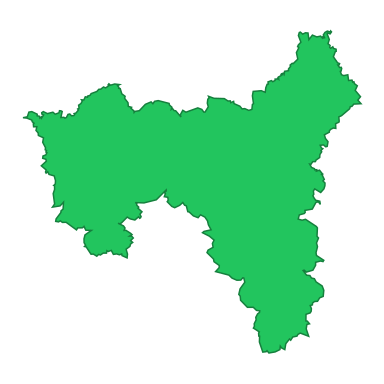 Mascota, Jalisco, Mexico
{"feature_id": "50627088B69459727871118", "entity_name": "Mascota", "entity_type": "district", "adm_level": 2, "iso_a3": "MEX", "parent_name": "Mexico", "parent_adm1": "Jalisco", "projection": "mercator", "projection_center": [-104.884, 20.553], "detail": "fine", "context": "isolated", "style": "filled", "palette": "green", "viewbox_px": 384, "rotation_deg": 0, "n_neighbors": 0, "source": "geoboundaries", "source_scale": "gbopen_adm2", "svg_char_len": 5901}
<svg xmlns="http://www.w3.org/2000/svg" viewBox="0 0 384 384"><path d="M316.5,243.0L318.5,238.0L317.0,236.3L317.4,227.9L316.4,226.5L305.5,219.3L302.1,220.2L298.2,219.1L299.3,214.9L304.3,213.5L305.2,212.4L304.9,210.4L312.3,209.1L316.0,202.3L318.5,201.9L320.3,204.4L319.8,201.2L315.6,200.2L313.9,197.7L312.9,195.7L313.8,194.3L313.4,191.0L314.7,188.9L320.7,192.5L323.9,188.9L324.9,185.8L325.0,183.0L322.9,180.9L324.3,179.4L322.4,175.5L322.7,174.3L321.7,174.3L322.2,173.6L319.5,170.2L316.4,171.1L316.7,169.7L314.7,169.8L314.5,168.7L311.5,167.4L309.7,164.1L310.9,164.4L312.7,161.7L315.4,161.6L316.0,160.1L319.7,157.5L319.9,154.5L321.7,151.8L320.9,150.5L322.8,148.7L321.4,148.0L320.2,145.3L323.5,144.9L325.7,146.8L327.2,146.4L328.0,141.7L325.4,138.4L324.4,134.8L329.3,132.2L329.4,130.7L330.9,129.2L333.4,128.0L335.8,128.4L335.6,123.7L338.9,122.2L339.2,121.2L338.8,116.9L341.5,115.7L349.6,108.8L350.3,106.6L351.9,106.4L353.8,104.1L361.0,103.7L357.8,100.1L360.5,96.7L355.2,90.4L357.3,85.8L354.4,83.6L353.9,81.8L352.7,82.1L352.0,80.1L348.6,80.5L347.8,74.8L343.7,75.6L341.5,74.7L340.3,71.4L341.1,71.1L341.7,68.4L341.2,67.3L339.6,67.5L337.8,65.0L339.2,64.8L339.6,63.6L337.6,62.8L333.4,56.8L335.3,51.6L336.2,51.3L336.1,49.2L333.5,48.4L332.8,46.8L330.7,48.3L329.7,47.4L330.1,45.5L328.0,43.7L329.3,39.5L327.1,33.8L327.6,33.0L330.1,33.9L331.5,31.9L330.7,31.0L330.4,32.0L327.3,31.1L325.0,32.4L323.3,34.9L324.6,37.7L323.8,37.9L323.8,36.6L322.8,36.7L322.3,38.0L320.6,36.1L316.8,36.9L312.4,35.1L308.9,39.6L308.0,33.0L305.4,32.8L302.7,34.1L300.3,32.1L299.3,32.5L298.4,35.5L300.9,42.2L298.3,45.0L297.6,46.7L298.7,47.3L298.5,48.4L296.4,52.6L297.8,59.1L293.2,63.6L292.2,63.3L290.1,65.1L290.6,66.2L288.5,69.0L288.5,70.7L284.6,71.3L284.1,74.2L283.5,73.1L281.8,73.7L282.3,74.7L281.0,74.6L281.1,75.6L278.4,77.0L278.7,79.3L277.5,78.3L277.1,79.1L275.1,79.1L275.1,80.4L272.8,81.7L271.4,80.6L268.0,81.9L268.3,84.0L267.1,84.3L265.8,87.7L265.2,92.3L261.3,90.7L253.2,91.4L252.4,95.8L253.5,103.7L252.4,104.4L251.9,109.4L248.8,110.4L244.7,108.6L242.1,108.9L239.9,106.2L234.0,103.6L233.6,101.4L230.8,102.7L230.3,100.9L228.0,101.0L224.3,98.6L214.0,98.3L208.5,96.3L209.1,97.9L207.8,99.2L207.3,103.2L208.3,106.8L205.0,112.1L203.8,112.1L201.8,109.4L197.8,107.9L185.9,112.2L182.8,110.3L180.3,114.8L181.0,117.0L175.7,110.8L174.1,110.6L172.4,108.4L171.3,109.3L171.8,107.1L169.5,105.1L169.1,103.4L158.2,100.6L154.6,101.3L152.9,103.7L151.1,101.9L145.4,104.3L139.3,110.7L134.9,111.4L134.1,112.4L133.9,110.9L131.0,108.3L131.6,107.3L128.3,106.4L128.0,102.7L124.6,98.3L125.1,96.3L121.8,93.8L120.2,88.6L118.7,88.3L118.9,87.4L117.5,85.7L119.6,84.6L114.7,84.0L110.5,85.2L108.9,83.8L108.1,84.9L108.9,85.7L105.6,87.9L103.5,87.0L100.7,89.2L98.8,89.3L96.8,91.5L91.1,93.6L90.1,95.3L87.6,96.1L87.5,97.2L85.3,96.8L83.8,100.0L81.5,99.8L82.3,101.0L81.0,103.5L78.6,105.2L79.1,108.1L77.7,109.0L78.5,109.9L76.0,113.0L74.1,113.6L74.7,114.5L73.9,115.6L71.5,115.8L69.8,114.0L68.0,114.4L66.4,117.5L64.9,118.2L63.9,117.3L60.9,117.5L62.2,111.5L60.9,110.8L59.5,110.7L59.0,112.8L55.2,114.2L52.9,112.2L47.4,113.6L43.3,111.6L41.7,112.7L41.9,114.1L43.6,114.9L41.7,117.9L41.5,116.8L39.9,118.1L39.5,116.3L37.1,115.8L37.2,114.2L31.8,111.6L28.9,112.1L27.3,116.8L23.0,117.7L26.8,118.1L31.7,120.0L32.3,121.8L34.0,123.2L33.3,123.8L33.6,126.8L36.8,126.7L36.0,130.5L38.1,132.8L38.4,135.5L43.5,137.8L42.7,142.3L45.5,147.7L45.2,149.8L46.5,150.5L45.9,152.0L46.9,152.7L45.8,154.9L43.0,156.0L42.7,158.3L45.9,159.3L46.3,161.2L41.3,165.8L46.2,170.0L45.5,172.0L46.1,173.1L47.7,171.7L49.0,174.4L54.2,175.9L55.5,180.7L55.3,183.9L53.8,185.4L54.5,185.6L54.6,189.4L53.2,193.6L54.6,204.0L52.5,207.1L60.1,205.9L63.5,202.2L63.1,209.0L61.0,210.9L60.9,212.5L56.1,218.9L55.7,221.4L58.6,221.9L60.3,220.8L62.4,222.4L66.1,222.3L76.5,229.9L77.7,227.9L82.5,227.8L84.0,226.4L85.8,230.2L91.4,230.4L85.0,234.9L84.0,238.8L84.1,242.7L85.6,245.3L84.5,246.5L86.2,246.9L91.0,254.2L93.4,254.1L96.8,256.2L98.7,254.4L100.4,255.0L103.2,253.1L106.5,253.1L106.9,250.7L108.2,251.5L111.3,250.4L113.4,254.4L116.6,253.9L119.4,254.8L121.7,254.0L122.0,255.6L127.1,257.9L127.5,254.1L126.1,249.2L129.9,246.4L130.5,244.1L132.7,242.4L130.6,240.6L133.3,238.0L131.7,236.2L129.6,236.1L132.0,234.6L130.6,233.3L125.9,230.3L124.1,230.4L125.0,228.0L123.5,225.9L118.0,223.2L119.6,223.8L121.4,223.0L127.2,217.1L130.2,218.9L134.9,220.0L138.6,216.8L139.7,218.3L140.5,217.8L141.1,216.6L139.9,214.2L142.0,211.8L138.0,208.2L138.7,207.1L136.7,205.2L136.8,203.4L135.2,202.6L144.0,202.9L156.3,199.8L166.2,189.9L166.3,191.0L164.3,192.5L165.4,193.6L164.3,196.7L167.8,197.3L168.2,200.2L167.2,201.7L171.8,206.4L174.7,207.7L179.7,205.3L182.8,202.5L184.6,205.2L186.3,205.8L187.8,211.7L189.2,212.0L193.4,215.9L198.1,217.7L200.5,214.8L204.9,217.1L207.5,220.9L208.4,224.8L211.1,229.8L204.0,231.4L202.5,232.7L209.4,236.2L214.1,240.1L212.4,243.5L213.1,247.3L208.1,250.1L207.0,252.6L213.5,259.0L214.0,261.7L219.3,265.5L219.1,267.7L215.6,271.6L228.9,275.1L232.0,278.1L236.8,280.2L240.8,280.1L242.8,277.8L243.8,278.0L244.8,282.2L240.1,288.8L238.8,294.4L240.2,296.1L240.6,300.3L247.4,307.3L253.3,307.3L256.5,310.4L259.7,310.8L259.5,312.4L257.6,313.9L255.8,317.3L256.1,319.9L254.2,323.8L254.4,326.3L253.4,328.1L259.3,331.9L258.6,333.1L258.8,336.1L259.6,336.2L259.4,342.0L262.8,352.1L266.2,351.7L267.0,350.7L268.9,353.0L275.2,351.9L279.9,349.6L280.3,346.2L281.5,347.9L284.8,349.6L285.8,343.7L289.5,339.0L290.7,340.2L292.8,337.0L297.0,336.1L297.9,334.4L300.3,333.1L308.7,336.3L306.2,328.9L306.9,324.4L309.5,323.8L307.3,321.1L305.9,320.9L306.0,314.3L310.2,312.9L311.2,311.2L311.4,308.6L310.2,305.5L312.4,304.9L312.6,302.9L314.6,301.5L317.5,301.3L319.7,297.8L323.2,296.4L323.8,290.3L322.2,286.0L316.1,281.9L314.4,278.7L311.4,278.0L309.9,275.5L306.6,275.2L303.1,270.5L304.1,270.1L306.3,272.1L312.9,270.2L315.6,265.3L315.6,262.3L320.6,261.0L323.0,261.6L323.8,260.3L316.5,255.5L316.0,252.7L317.5,246.7L316.5,243.0Z" fill="#22c55e" stroke="#15803d" stroke-width="1.5"/></svg>